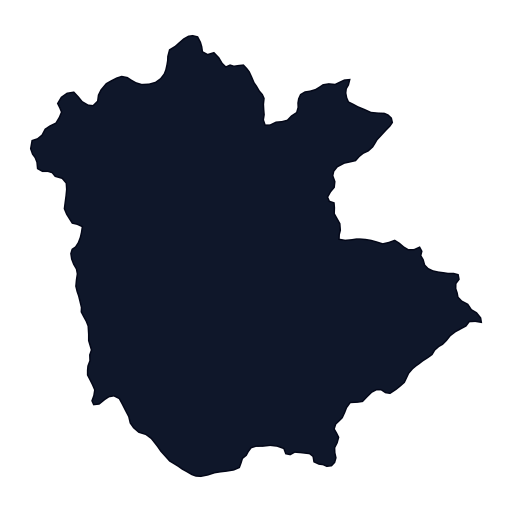 Itaobim, Minas Gerais, Brazil
{"feature_id": "56859067B61081448342892", "entity_name": "Itaobim", "entity_type": "district", "adm_level": 2, "iso_a3": "BRA", "parent_name": "Brazil", "parent_adm1": "Minas Gerais", "projection": "albers", "projection_center": [-41.522, -16.578], "detail": "fine", "context": "isolated", "style": "filled", "palette": "ink", "viewbox_px": 512, "rotation_deg": 0, "n_neighbors": 0, "source": "geoboundaries", "source_scale": "gbopen_adm2", "svg_char_len": 3807}
<svg xmlns="http://www.w3.org/2000/svg" viewBox="0 0 512 512"><path d="M349.7,79.6L344.4,80.1L339.9,82.2L335.1,84.5L328.8,83.9L323.1,84.8L319.7,87.1L315.6,89.6L310.2,91.2L305.0,92.0L300.6,94.6L298.7,98.8L298.0,103.0L298.2,107.4L296.7,112.6L291.5,116.0L287.4,120.3L282.0,121.7L276.1,122.2L270.1,125.1L265.1,125.2L263.3,119.9L264.1,114.7L263.7,109.9L263.4,104.3L264.0,98.4L262.3,94.6L259.2,91.0L256.4,86.2L254.0,82.8L251.6,77.1L249.2,71.9L246.7,68.6L243.4,65.1L238.6,65.6L233.9,66.3L230.1,65.1L225.8,67.0L222.1,63.4L218.7,57.7L213.9,52.7L207.6,54.6L202.4,51.8L201.7,46.8L200.4,42.3L197.6,36.9L192.6,35.7L188.5,36.3L183.7,39.0L179.1,43.0L175.3,46.4L169.6,49.8L167.9,56.3L167.7,60.7L167.0,64.9L165.9,69.9L164.3,74.0L160.7,78.7L155.6,82.4L149.2,84.2L141.7,84.6L135.8,82.8L131.2,80.2L127.3,77.6L121.7,76.5L116.7,78.1L111.4,80.8L106.3,83.7L101.1,89.9L98.5,95.1L97.7,101.2L93.1,105.7L88.1,105.2L82.1,101.7L78.2,96.9L73.8,92.2L67.1,93.3L61.4,97.3L57.7,103.5L59.9,107.9L61.6,112.1L59.5,117.2L56.0,123.1L50.0,126.0L45.2,129.2L42.1,135.1L37.6,138.8L32.1,140.6L30.7,148.7L32.6,154.1L35.2,157.6L37.0,162.2L37.6,168.6L42.4,171.3L47.9,171.3L52.2,172.6L55.2,176.3L62.2,178.3L66.3,183.1L66.7,189.4L66.1,195.7L65.2,202.5L64.4,208.7L66.7,214.2L70.0,219.5L72.3,223.1L77.1,224.2L82.4,226.6L81.5,232.6L80.4,237.4L78.4,242.7L75.6,247.0L72.2,249.3L70.9,253.6L71.7,259.0L73.7,264.2L76.5,269.0L77.4,273.9L76.5,279.8L75.9,286.2L77.2,291.6L78.7,295.9L80.2,302.0L81.5,307.4L81.3,311.9L83.7,316.5L86.3,321.2L88.2,326.0L88.7,334.3L88.7,340.6L90.2,345.6L91.5,350.0L89.8,354.9L90.0,360.7L88.0,366.0L87.6,370.2L87.6,375.0L90.0,379.6L92.6,384.8L94.8,389.9L93.9,395.6L92.0,400.8L93.7,404.6L99.1,404.0L104.8,399.4L108.9,396.7L113.9,395.8L119.3,398.5L122.3,404.0L125.5,410.3L128.8,416.6L130.3,423.0L133.6,427.7L138.8,432.2L145.9,434.4L151.4,438.5L154.8,442.8L157.6,446.4L160.9,451.2L165.6,456.4L169.7,461.0L174.5,463.9L178.4,466.3L182.3,469.1L186.7,471.5L191.8,474.5L195.9,476.0L200.8,476.3L207.8,474.9L214.6,472.7L220.2,471.8L226.3,471.1L233.7,469.9L239.3,467.5L241.0,462.9L242.4,458.4L246.2,455.3L248.2,451.6L251.1,447.7L255.9,446.2L262.9,446.1L270.2,445.3L277.2,446.1L283.9,448.5L285.8,453.7L290.2,454.6L294.7,452.1L301.0,452.6L309.6,453.6L313.1,456.4L314.0,461.8L319.0,464.1L323.1,464.6L326.8,466.3L331.5,465.7L334.6,462.4L335.9,457.8L334.8,452.8L334.6,447.7L337.1,442.8L338.6,437.3L336.5,433.1L334.1,429.0L335.7,424.0L339.2,420.7L342.2,417.7L344.6,412.5L346.5,407.6L350.2,402.5L357.7,402.1L362.5,401.4L366.8,396.9L371.6,392.2L376.4,389.7L381.2,389.7L385.5,392.6L390.0,393.3L395.9,389.4L400.6,385.6L404.3,382.3L406.5,377.7L408.6,373.2L412.5,368.7L415.7,366.0L419.5,363.3L422.7,360.8L427.7,357.6L432.0,354.5L434.7,350.0L438.8,346.4L442.5,344.3L446.4,340.4L450.1,335.7L455.3,331.7L461.4,328.4L465.9,326.0L469.2,321.6L475.3,321.3L481.3,322.3L480.6,317.9L476.5,312.8L471.3,309.7L467.7,304.3L461.6,301.1L457.9,297.2L457.1,292.9L455.7,288.7L455.8,283.6L459.0,279.3L458.1,274.7L453.6,273.5L448.0,273.5L443.6,272.8L438.2,272.1L432.8,270.9L428.0,268.6L424.6,265.1L423.1,259.7L420.7,255.6L421.8,251.3L419.6,247.2L414.1,249.7L408.3,249.8L403.6,247.0L399.3,243.3L394.7,240.4L388.9,242.5L382.7,243.9L376.6,242.0L370.9,240.4L365.4,239.5L360.2,239.1L356.3,239.1L351.7,239.8L345.2,240.4L339.0,239.3L339.2,234.6L340.3,230.3L339.8,223.7L336.9,218.5L334.2,213.7L334.4,207.8L334.0,202.9L329.3,201.3L327.5,197.1L330.4,191.9L334.2,187.3L334.8,181.6L332.7,175.7L333.7,171.2L337.2,166.8L344.2,163.1L349.8,161.9L355.5,160.6L359.2,156.4L363.2,153.2L368.2,150.9L372.6,146.9L374.8,143.4L376.9,139.8L381.1,135.3L385.6,130.4L389.9,126.0L392.3,122.5L391.3,118.1L388.0,115.0L384.3,113.4L378.3,113.2L370.9,112.5L364.3,109.5L357.7,106.8L353.1,104.3L348.4,102.0L346.6,97.8L345.7,93.0L346.2,88.7L348.4,84.9L349.7,79.6Z" fill="#0f172a" stroke="#020617" stroke-width="1.5"/></svg>